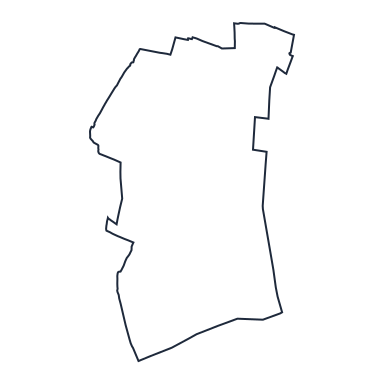 the district of Ghidici, Dolj, Romania
{"feature_id": "2599482B59241638748717", "entity_name": "Ghidici", "entity_type": "district", "adm_level": 2, "iso_a3": "ROU", "parent_name": "Romania", "parent_adm1": "Dolj", "projection": "orthographic", "projection_center": [23.199, 43.873], "detail": "fine", "context": "isolated", "style": "outline", "palette": "slate", "viewbox_px": 384, "rotation_deg": 0, "n_neighbors": 0, "source": "geoboundaries", "source_scale": "gbopen_adm2", "svg_char_len": 3375}
<svg xmlns="http://www.w3.org/2000/svg" viewBox="0 0 384 384"><path d="M139.7,49.2L138.8,51.1L137.1,53.8L135.7,56.3L135.0,57.3L134.6,58.1L134.2,58.7L133.9,59.7L133.9,60.4L133.6,60.9L133.6,61.3L133.4,61.8L133.4,62.1L133.3,62.3L133.1,62.4L132.5,62.4L132.2,62.4L131.9,62.4L131.7,62.5L131.2,63.0L131.0,63.3L130.8,63.6L130.5,63.9L130.3,64.2L130.2,64.5L130.3,65.0L130.2,65.3L129.9,65.9L129.5,66.1L129.1,66.4L128.7,66.8L128.2,67.4L127.7,68.0L127.1,68.5L124.2,72.5L122.4,75.7L121.2,77.7L120.5,78.5L120.1,79.3L118.0,83.3L117.0,85.3L116.5,85.9L115.7,86.7L115.2,87.4L114.4,88.5L113.5,90.0L112.7,91.3L111.4,93.4L110.2,95.4L108.1,98.8L107.0,100.5L106.1,102.1L104.7,104.4L104.6,104.7L104.2,105.4L103.1,107.3L101.9,109.6L100.7,111.8L99.9,113.3L98.2,115.8L97.0,117.9L96.5,118.7L96.1,119.6L95.7,120.7L95.0,121.9L94.7,122.5L94.5,122.9L94.4,123.7L94.4,124.2L94.6,124.7L94.3,125.3L94.0,126.2L93.4,127.2L93.2,127.4L92.4,127.1L91.7,126.7L91.5,126.8L91.0,128.0L90.6,128.9L90.2,130.2L90.0,131.6L90.1,133.7L90.2,135.8L90.1,137.6L90.4,138.4L90.6,138.7L91.5,139.7L92.7,141.0L93.2,141.6L93.4,142.2L93.8,142.6L94.5,143.0L96.7,144.2L97.8,144.8L98.3,145.4L98.4,146.1L98.3,147.3L98.3,147.9L98.3,148.4L98.4,149.0L98.5,149.4L98.3,150.5L98.3,151.7L98.5,152.0L98.6,152.6L98.9,153.1L99.2,153.5L99.5,153.7L99.9,154.0L100.5,154.2L101.6,154.6L103.8,155.5L105.4,156.1L109.3,157.7L114.1,159.6L120.6,162.5L120.4,171.8L120.5,178.4L122.2,198.6L120.1,207.2L118.4,215.1L117.5,219.4L116.9,222.7L116.6,224.3L115.0,223.2L112.9,221.7L111.1,220.5L110.0,219.6L109.0,219.0L108.3,218.4L107.9,217.8L107.7,218.8L107.0,221.5L106.7,224.1L106.4,225.6L106.1,228.8L106.3,230.2L106.5,230.7L110.1,232.3L111.6,233.2L112.9,233.9L117.9,236.2L119.7,236.9L124.4,238.9L128.1,240.3L133.4,242.5L132.7,244.0L131.6,246.7L131.6,248.3L131.5,250.2L130.2,252.8L129.4,254.5L128.0,256.4L126.8,257.9L125.9,259.8L125.2,261.4L123.7,265.6L121.4,270.1L120.5,271.6L120.0,271.6L119.0,271.7L118.0,272.3L117.6,273.6L117.3,276.0L117.4,278.7L117.3,283.8L117.4,286.7L117.6,288.8L117.2,290.6L117.4,291.5L117.6,292.3L118.7,294.9L119.2,298.4L120.6,303.6L125.6,325.0L129.6,339.6L130.7,343.3L132.0,346.3L133.0,347.9L138.5,361.0L142.7,359.3L150.7,356.0L171.8,347.7L188.9,338.5L196.6,334.2L217.8,325.9L237.4,318.7L262.9,319.7L280.2,313.4L282.1,312.3L277.6,296.6L275.8,287.4L273.4,269.9L271.0,255.9L262.9,209.1L262.7,205.9L265.7,163.4L266.6,151.8L253.0,149.7L255.0,117.1L267.4,118.6L268.5,118.8L269.3,100.2L270.1,87.3L270.3,86.7L274.3,75.7L275.7,71.6L277.2,67.4L277.6,67.6L278.3,68.2L283.0,71.6L284.8,73.0L286.3,73.8L287.7,69.7L291.0,60.9L292.3,57.3L292.8,56.1L291.5,55.6L290.0,54.8L290.0,54.6L289.9,54.4L289.6,54.0L289.5,53.9L289.4,53.8L289.4,53.4L289.5,53.1L289.9,52.9L290.7,52.6L293.0,40.3L294.0,34.8L292.4,34.4L284.1,31.2L274.8,27.3L274.7,27.9L274.2,27.8L265.7,24.1L264.7,23.7L262.0,23.7L248.7,23.6L240.7,23.0L240.0,23.1L239.6,23.2L239.2,23.5L238.6,23.6L238.0,23.8L234.1,23.3L234.2,25.3L234.3,26.6L234.6,32.4L234.7,38.7L234.9,41.2L234.8,48.1L225.3,48.4L221.9,48.5L220.5,47.7L218.9,46.8L218.2,46.4L217.8,46.2L217.5,46.2L217.2,46.2L216.7,46.2L215.9,45.9L204.3,41.7L203.5,41.4L202.4,41.0L200.8,40.3L196.9,38.6L195.1,38.0L193.9,37.7L192.6,37.3L191.9,39.1L191.1,39.0L188.6,38.3L188.1,38.3L187.9,39.9L184.0,39.2L181.2,38.6L176.4,37.6L175.5,37.4L172.2,49.3L170.4,54.7L166.9,53.8L162.3,53.1L159.9,52.8L140.3,49.0L139.7,49.2Z" fill="none" stroke="#1e293b" stroke-width="2"/></svg>